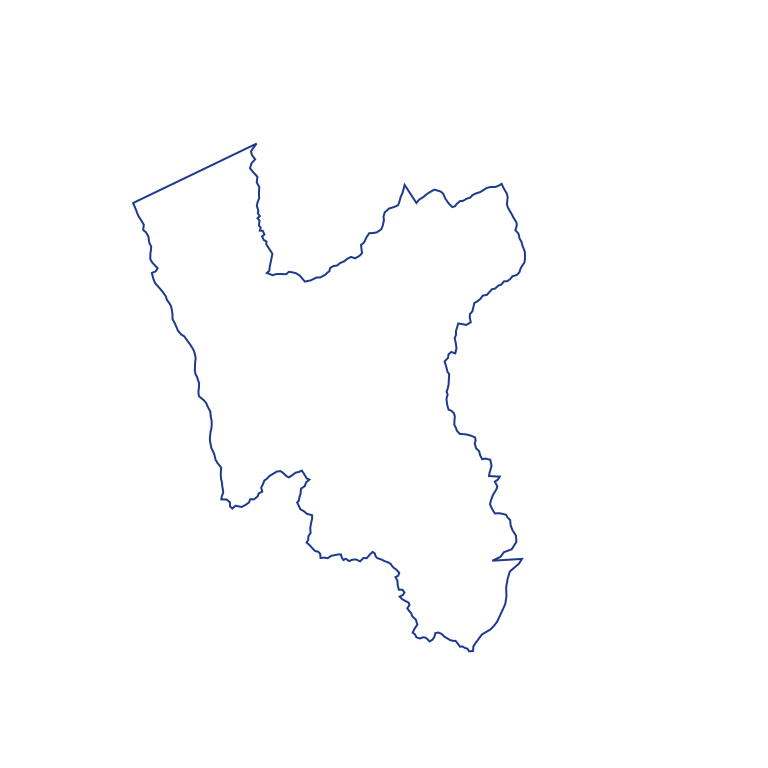 Goianésia, Goiás, Brazil, rotated 332°
{"feature_id": "56859067B68977467938768", "entity_name": "Goianésia", "entity_type": "district", "adm_level": 2, "iso_a3": "BRA", "parent_name": "Brazil", "parent_adm1": "Goiás", "projection": "orthographic", "projection_center": [-49.163, -15.297], "detail": "fine", "context": "isolated", "style": "outline", "palette": "blue", "viewbox_px": 768, "rotation_deg": 332, "n_neighbors": 0, "source": "geoboundaries", "source_scale": "gbopen_adm2", "svg_char_len": 5494}
<svg xmlns="http://www.w3.org/2000/svg" viewBox="0 0 768 768"><g transform="rotate(332 384 384)"><path d="M429.0,250.4L427.2,255.0L426.2,258.0L422.8,259.3L417.5,259.5L414.5,256.3L410.4,256.2L406.6,257.0L401.8,256.6L398.3,257.4L394.8,256.1L390.8,256.3L388.7,258.8L386.2,259.1L383.5,260.0L381.0,260.0L377.8,260.0L374.4,258.3L367.9,258.1L362.2,256.4L360.5,248.6L358.3,244.9L355.2,242.1L352.7,240.3L349.2,241.1L341.0,236.5L336.7,235.6L332.7,231.0L336.0,230.1L338.3,226.6L342.7,221.4L346.6,216.6L345.6,205.3L347.1,202.9L345.5,200.5L345.5,196.6L348.6,195.8L348.9,191.9L346.4,190.3L348.5,188.1L348.0,185.3L350.9,181.1L350.2,178.2L353.2,177.5L352.7,174.1L354.4,171.9L355.4,166.9L357.5,164.4L361.0,161.3L363.2,156.7L366.3,151.6L366.3,146.2L369.5,141.6L367.9,135.4L367.0,130.5L370.7,126.9L375.7,125.1L374.9,119.8L375.7,116.2L379.0,114.4L384.4,111.9L250.0,106.5L247.4,106.5L246.8,114.1L246.3,117.0L246.0,120.9L246.4,124.2L246.7,130.6L243.7,134.9L245.1,138.4L245.2,143.5L243.8,146.9L243.0,149.6L243.0,153.3L241.3,156.1L239.3,158.7L236.3,163.8L236.4,168.0L237.4,171.7L238.5,175.5L235.2,177.4L231.2,176.9L230.3,180.4L229.6,183.7L229.3,187.8L231.0,194.7L231.9,199.1L232.5,204.6L231.8,207.5L232.4,211.7L232.5,215.2L231.4,219.2L229.9,223.3L227.7,227.6L227.8,232.3L227.4,237.1L227.1,240.2L228.1,244.9L230.0,248.2L231.4,258.3L231.7,262.3L231.7,265.9L230.7,270.2L229.7,273.0L227.5,276.1L224.8,280.7L223.0,283.9L222.2,286.8L222.2,290.2L221.7,292.8L221.1,296.5L219.0,300.2L217.2,302.6L215.9,304.9L214.9,308.0L217.4,314.1L218.1,317.7L217.7,320.9L217.7,324.2L217.7,326.8L215.6,331.7L214.8,334.9L213.6,337.5L212.3,339.8L210.6,342.5L208.6,344.5L206.8,347.1L204.3,351.0L202.9,354.8L201.5,359.5L201.4,362.9L201.1,366.7L199.7,371.7L199.9,375.7L201.0,381.4L197.4,387.1L195.5,391.6L194.7,394.8L193.5,397.5L192.5,400.6L191.1,404.3L188.0,407.1L186.2,409.5L190.8,412.1L192.4,416.0L190.6,419.8L191.6,422.8L195.8,421.8L200.5,425.7L204.5,425.8L209.2,425.2L211.9,422.9L214.9,424.8L219.7,423.9L221.9,421.8L226.0,421.9L226.9,417.9L230.3,415.5L233.0,413.0L235.6,412.8L239.9,411.4L248.4,411.0L251.8,412.4L253.6,416.2L254.6,419.6L256.2,421.8L259.5,421.5L264.5,420.8L267.6,421.7L270.8,421.9L271.2,425.8L271.4,431.0L273.2,433.4L269.0,434.3L266.0,437.0L261.6,437.4L259.0,441.5L256.5,443.8L254.2,447.0L251.7,447.9L251.5,451.7L251.4,455.5L253.4,458.4L255.0,462.4L256.9,464.2L258.9,466.1L257.4,469.1L254.8,472.0L251.2,476.6L249.3,481.0L245.7,483.0L243.9,486.1L241.2,487.7L242.7,491.4L243.9,496.4L244.9,499.4L247.1,501.0L247.9,503.9L246.3,507.8L249.5,509.2L252.6,511.4L256.7,510.9L263.8,513.1L266.0,514.3L265.2,517.3L265.5,520.4L268.1,520.3L270.1,524.0L273.6,524.3L276.9,525.7L279.6,529.4L284.2,528.0L287.0,529.7L291.6,527.9L295.1,526.9L296.3,529.3L295.7,532.3L296.5,534.8L298.8,537.1L301.7,541.1L303.8,543.3L305.5,546.1L305.7,548.8L306.5,551.3L307.8,553.8L308.8,557.9L306.5,560.0L303.5,559.9L303.5,564.0L301.7,567.9L300.5,572.6L303.7,574.3L304.2,577.7L301.9,579.1L298.0,579.1L299.0,582.4L301.1,585.8L303.1,588.6L302.7,591.2L299.3,592.9L299.6,595.9L300.4,598.8L299.9,602.5L301.5,607.0L300.5,612.1L295.6,614.7L292.6,617.0L293.8,619.6L293.7,622.8L296.1,625.5L299.9,626.1L301.9,627.8L303.4,632.7L306.8,632.5L309.6,631.1L312.3,628.1L315.1,628.8L317.4,631.5L318.7,635.4L322.2,641.2L324.1,643.0L326.6,644.4L327.4,648.5L327.7,651.6L330.1,652.6L331.5,655.0L333.4,656.9L333.6,660.0L337.3,661.5L339.8,657.6L342.8,655.9L347.3,653.8L352.9,651.1L362.8,650.7L367.7,649.1L372.3,647.0L387.7,635.3L392.3,629.2L396.5,620.7L402.0,613.7L407.2,608.6L418.8,606.0L423.7,603.2L396.7,590.9L405.7,591.3L410.9,588.8L419.1,589.9L426.7,585.6L429.3,579.9L428.8,573.4L429.4,568.5L431.5,563.3L430.4,559.8L430.3,556.6L425.3,552.3L421.1,550.3L420.8,545.0L421.1,540.0L424.0,536.7L428.3,533.0L433.9,529.7L436.1,527.4L436.0,522.2L439.8,521.9L442.7,520.1L433.5,514.6L435.3,512.2L440.5,506.8L442.3,500.8L438.5,497.4L435.4,496.6L435.4,492.3L436.4,488.0L435.1,484.0L436.2,479.0L438.5,476.8L439.3,473.9L436.3,470.2L432.9,467.1L427.5,463.6L426.4,459.5L426.9,456.5L426.9,453.0L428.6,450.1L431.4,445.7L432.0,442.4L430.9,439.3L429.0,437.0L429.6,433.7L430.4,431.0L432.1,426.5L435.2,423.2L435.7,420.1L437.9,418.2L440.8,414.8L442.8,411.4L444.9,408.1L446.2,405.7L445.8,403.1L447.0,398.2L448.1,392.5L452.8,391.0L454.9,388.1L458.4,387.3L461.3,390.4L464.7,386.6L466.4,382.1L468.0,376.6L470.7,374.4L472.3,371.1L474.5,369.0L477.9,365.4L481.0,367.7L484.4,370.5L489.6,370.2L490.9,365.6L492.6,362.7L496.3,361.2L501.8,354.9L505.0,354.9L509.4,354.0L512.7,352.3L516.5,353.6L520.9,352.1L524.1,351.0L526.7,351.9L531.2,350.8L534.4,351.3L538.0,349.7L541.2,351.1L544.7,350.6L548.0,349.2L552.4,350.1L555.9,349.0L558.1,346.8L560.5,345.0L564.9,342.7L566.5,340.8L567.9,338.4L569.4,335.6L570.5,333.2L570.8,330.4L571.1,327.3L572.1,323.2L572.0,319.1L573.3,314.4L572.2,309.8L575.9,306.1L576.8,303.4L576.4,297.0L576.5,294.0L576.2,286.3L576.9,283.0L580.9,277.1L581.8,273.5L581.6,268.6L581.6,265.9L581.8,262.5L579.0,262.7L575.1,262.4L570.6,260.1L566.7,259.1L563.3,259.4L559.4,259.7L554.1,258.8L550.6,258.8L547.7,259.9L543.9,259.2L539.7,259.4L537.1,258.2L532.8,259.1L530.2,260.4L527.4,259.9L526.1,255.8L525.6,252.9L525.2,248.8L525.6,243.8L524.5,240.8L522.4,238.7L519.7,236.0L515.9,236.1L511.0,236.4L506.6,237.4L501.6,237.7L497.6,239.4L495.7,217.9L493.8,220.0L490.0,224.0L486.4,226.8L482.8,230.7L480.2,232.8L475.4,232.4L471.0,231.4L465.2,232.8L462.2,235.9L460.8,239.4L457.4,243.4L454.2,246.1L449.0,246.7L445.7,245.8L441.8,243.9L437.7,246.1L432.6,249.8L429.0,250.4Z" fill="none" stroke="#1e3a8a" stroke-width="2"/></g></svg>